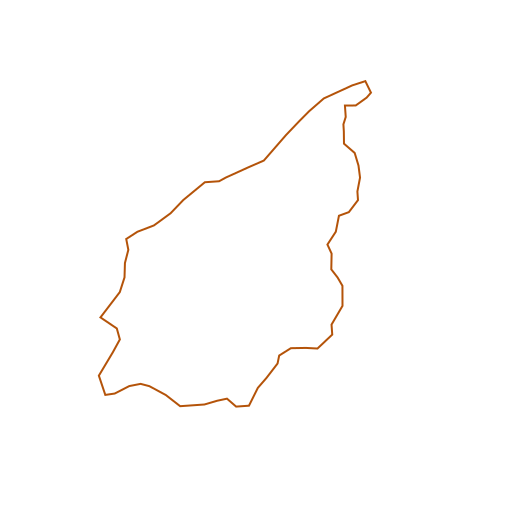 Dals-Ed, Västra Götaland, Sweden (Mercator projection), rotated 41°
{"feature_id": "70781695B56175452529333", "entity_name": "Dals-Ed", "entity_type": "district", "adm_level": 2, "iso_a3": "SWE", "parent_name": "Sweden", "parent_adm1": "Västra Götaland", "projection": "mercator", "projection_center": [11.917, 58.996], "detail": "fine", "context": "isolated", "style": "outline", "palette": "amber", "viewbox_px": 512, "rotation_deg": 41, "n_neighbors": 0, "source": "geoboundaries", "source_scale": "gbopen_adm2", "svg_char_len": 1030}
<svg xmlns="http://www.w3.org/2000/svg" viewBox="0 0 512 512"><g transform="rotate(41 256 256)"><path d="M223.8,52.3L216.7,64.1L203.8,92.6L201.1,111.9L200.2,125.6L199.3,144.9L199.3,168.7L199.3,178.8L191.9,194.4L181.8,216.5L179.1,223.8L169.0,233.9L164.4,261.4L163.5,279.8L158.9,299.9L150.6,315.5L146.9,328.3L155.6,335.1L161.7,347.3L170.8,358.4L176.9,372.6L178.9,404.4L198.5,402.0L208.0,408.3L211.1,422.5L215.9,449.4L233.4,459.7L239.6,452.5L245.7,437.3L252.8,428.2L260.9,424.2L279.1,420.1L297.3,419.1L299.5,416.9L304.4,412.0L314.5,401.9L321.6,390.8L327.7,382.7L339.8,382.7L348.9,373.6L343.9,354.3L343.9,341.2L342.8,323.0L338.8,315.9L342.8,302.7L354.0,292.6L363.1,285.5L365.1,265.3L358.0,258.2L354.0,236.9L340.8,221.8L331.7,218.7L321.6,216.7L311.5,204.6L302.4,200.5L300.3,185.3L292.2,171.2L297.3,162.0L296.3,146.9L290.2,140.8L283.1,128.6L274.0,120.5L262.9,113.5L248.7,113.5L240.6,104.4L235.6,99.3L232.5,92.2L224.4,84.1L232.5,77.0L235.6,63.9L235.6,57.3L235.1,57.1L223.8,52.3Z" fill="none" stroke="#b45309" stroke-width="2"/></g></svg>